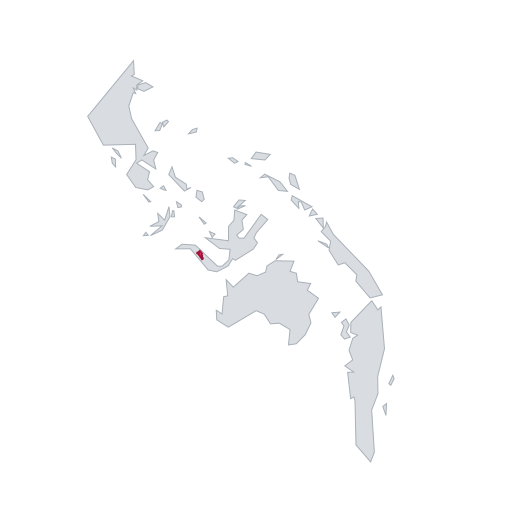 Gorontalo, Gorontalo, Indonesia (highlighted), rotated 219°
{"feature_id": "22746128B1660874628525", "entity_name": "Gorontalo", "entity_type": "district", "adm_level": 2, "iso_a3": "IDN", "parent_name": "Indonesia", "parent_adm1": "Gorontalo", "projection": "natural_earth1", "projection_center": [122.789, 0.702], "detail": "fine", "context": "in_parent", "style": "filled", "palette": "rose", "viewbox_px": 512, "rotation_deg": 219, "n_neighbors": 0, "source": "geoboundaries", "source_scale": "gbopen_adm2", "svg_char_len": 5745}
<svg xmlns="http://www.w3.org/2000/svg" viewBox="0 0 512 512"><g transform="rotate(219 256 256)"><path d="M174.8,207.3L183.2,220.2L195.6,218.5L202.0,212.4L213.0,216.0L221.5,213.6L232.7,183.3L246.3,181.7L252.8,188.9L245.9,189.6L255.5,204.0L252.9,207.3L264.3,218.8L254.0,217.5L250.7,238.2L242.8,241.3L238.4,249.5L241.2,255.2L238.2,264.3L223.3,275.9L219.9,265.5L213.8,268.0L207.4,262.2L196.2,269.0L194.6,261.7L180.8,262.5L178.2,243.8L171.2,238.6L168.2,225.8L169.5,213.1L174.8,207.3ZM37.3,168.1L59.4,172.1L87.7,205.5L91.1,208.1L92.7,204.7L111.6,223.3L107.0,227.3L117.8,226.5L115.5,236.1L124.3,241.2L129.0,252.9L127.2,258.4L134.3,256.1L140.5,264.1L137.9,294.1L127.3,290.8L126.9,295.1L97.8,264.8L85.6,238.9L74.6,225.8L69.2,209.1L40.6,178.1L37.3,168.1ZM474.7,258.6L474.1,330.7L464.9,320.5L466.1,317.5L454.3,320.9L456.3,313.7L453.1,310.0L454.2,309.5L456.1,309.7L457.2,309.3L451.7,306.5L454.2,305.7L449.3,292.6L439.2,284.5L407.7,272.0L406.4,263.5L402.2,272.9L397.5,274.6L396.0,266.2L388.6,260.6L405.1,258.8L407.2,253.0L391.8,254.5L388.2,247.0L379.2,245.5L381.8,239.2L392.6,233.6L407.8,237.9L409.8,255.3L419.9,267.0L444.4,246.1L474.7,258.6ZM320.8,218.7L309.9,226.3L279.6,223.9L275.9,226.7L274.6,235.9L280.4,244.9L289.1,238.9L306.9,238.3L287.0,250.5L296.0,261.9L295.6,269.8L301.5,278.3L289.2,282.4L289.5,275.0L282.6,268.7L284.1,260.2L280.3,259.2L276.5,262.4L278.2,291.6L269.8,291.8L270.4,274.4L268.9,268.6L263.2,267.3L262.4,259.8L269.3,239.7L272.5,239.2L271.4,230.7L276.6,219.0L284.4,215.0L311.6,220.3L322.9,211.0L320.8,218.7ZM141.0,295.2L162.6,299.3L165.9,304.9L182.7,306.6L186.5,300.8L202.8,306.4L207.4,314.5L220.7,316.0L220.6,322.8L222.5,326.8L209.7,321.5L158.8,315.2L133.3,305.4L141.0,295.2ZM348.0,220.3L357.2,212.3L353.1,221.6L359.2,227.3L349.5,226.4L354.7,239.6L347.6,232.4L345.1,217.1L350.9,205.4L348.0,220.3ZM352.5,261.4L375.1,264.4L377.4,272.4L368.2,266.5L355.5,267.9L351.8,264.7L349.6,268.4L352.5,261.4ZM300.7,325.1L284.0,328.7L272.3,326.0L279.9,321.0L296.3,325.3L301.9,319.5L300.7,325.1ZM252.7,320.0L263.9,321.6L265.8,325.7L243.5,329.5L247.1,322.4L254.7,326.4L257.3,324.9L252.7,320.0ZM321.0,328.7L321.4,336.8L308.9,343.9L309.5,336.2L321.0,328.7ZM140.5,248.2L143.6,257.0L147.9,258.2L146.5,263.7L140.1,261.0L138.0,253.9L131.8,252.3L134.9,247.1L140.5,248.2ZM450.9,321.3L442.5,322.6L446.7,313.5L453.3,311.5L455.3,314.9L450.9,321.3ZM274.2,333.5L279.4,337.4L281.8,341.7L276.6,343.2L264.2,335.1L274.2,333.5ZM339.7,263.9L343.2,269.9L338.0,272.0L332.0,267.6L332.3,264.1L339.7,263.9ZM221.3,320.1L233.1,322.8L227.8,327.7L221.3,320.1ZM239.8,320.6L241.6,328.1L234.6,327.0L239.8,320.6ZM161.3,259.6L155.5,265.2L156.0,258.1L161.3,259.6ZM413.3,289.8L414.6,299.4L412.0,299.9L409.8,292.9L413.3,289.8ZM217.5,306.8L208.5,309.7L204.6,308.0L217.5,306.8ZM304.4,280.1L304.5,288.8L299.3,292.4L301.3,280.8L304.4,280.1ZM54.7,213.9L62.8,218.9L61.7,223.5L54.7,213.9ZM74.6,249.4L71.4,247.5L69.9,240.4L72.4,240.3L74.6,249.4ZM382.2,318.3L380.4,314.8L385.3,308.5L385.0,314.2L382.2,318.3ZM373.2,230.5L382.5,232.9L372.0,232.0L373.2,230.5ZM316.3,248.1L324.9,250.5L315.5,250.3L316.3,248.1ZM300.4,284.3L295.9,288.6L299.9,280.8L300.4,284.3ZM421.2,236.9L426.1,237.7L430.7,241.8L426.3,242.8L421.2,236.9ZM339.0,314.6L335.9,317.7L329.4,318.1L331.1,314.6L339.0,314.6ZM412.9,301.0L410.9,305.5L408.6,305.4L408.9,298.3L412.9,301.0ZM352.0,248.1L346.4,248.8L344.8,247.3L347.2,244.5L352.0,248.1ZM422.1,247.3L429.1,248.0L435.7,249.6L429.3,250.7L422.1,247.3ZM301.8,242.8L307.6,245.7L301.7,247.3L301.8,242.8ZM356.5,205.1L352.7,204.3L356.3,200.9L356.5,205.1ZM315.9,322.9L322.3,320.3L323.1,321.9L315.9,322.9ZM373.1,248.4L372.1,252.4L367.2,250.4L369.7,249.2L373.1,248.4ZM238.8,271.4L236.3,274.1L238.3,265.7L238.8,271.4ZM346.4,233.2L349.4,238.7L348.3,239.5L343.9,235.2L346.4,233.2Z" fill="#d9dde1" stroke="#a8b0b8" stroke-width="1"/><path d="M299.3,223.9L299.4,224.0L299.5,224.0L299.8,224.3L299.8,224.5L299.8,224.4L300.0,224.4L300.3,224.4L300.5,224.3L300.7,224.2L300.8,224.2L301.0,224.3L301.0,224.2L301.3,224.3L301.6,224.3L301.8,224.2L301.8,224.3L302.0,224.3L302.3,224.3L302.3,224.2L302.4,224.3L302.5,224.3L302.7,224.2L302.8,224.2L302.8,224.3L302.9,224.2L303.0,224.3L303.0,224.2L303.0,223.9L302.9,223.9L302.7,223.7L302.8,223.6L303.0,223.6L303.1,223.4L303.2,223.2L303.3,223.2L303.4,222.9L303.2,222.8L303.1,222.7L303.3,222.5L303.3,222.3L303.4,222.2L303.5,222.1L303.5,221.9L303.5,221.7L303.4,221.5L303.5,221.4L303.4,221.2L303.5,221.2L303.4,221.1L303.4,220.9L303.2,220.9L303.2,221.0L302.9,221.0L302.9,220.9L302.8,221.1L302.7,221.1L302.6,221.3L302.5,221.5L302.4,221.7L302.4,221.8L302.2,221.8L302.0,222.0L301.9,222.1L301.8,221.8L301.8,221.7L301.8,221.4L301.7,221.3L301.6,221.2L301.6,221.3L301.5,221.2L301.3,221.3L301.2,221.3L300.9,221.4L300.7,221.3L300.6,221.2L300.5,221.3L300.4,221.2L300.2,221.1L299.9,220.9L299.8,220.7L299.7,220.6L299.4,220.5L299.4,220.4L299.2,220.3L298.9,220.3L298.9,220.2L298.7,220.0L298.4,220.0L298.2,220.0L298.1,219.9L297.8,219.9L297.7,220.0L297.6,219.9L297.4,219.9L297.2,219.9L296.8,219.7L296.6,219.7L296.4,219.5L296.2,219.4L296.0,219.6L295.8,219.6L295.7,219.5L295.5,219.9L295.6,220.0L295.5,220.3L295.6,220.5L295.6,220.4L295.6,220.5L295.6,220.8L295.7,221.0L295.8,221.0L296.0,221.0L296.1,220.9L296.3,220.9L296.5,220.9L296.5,221.0L296.8,221.1L297.0,221.3L297.0,221.2L297.1,221.3L297.1,221.2L297.1,221.3L297.3,221.3L297.4,221.2L297.4,221.3L297.5,221.3L297.7,221.5L297.7,221.4L297.8,221.4L297.8,221.5L298.0,221.6L297.9,221.6L298.0,221.8L298.0,221.7L298.0,221.8L298.3,221.9L298.3,222.0L298.4,221.9L298.4,222.0L298.5,222.1L298.5,222.3L298.8,222.4L298.8,222.5L298.8,222.4L298.9,222.5L299.0,222.7L298.9,222.7L299.0,222.7L299.0,222.8L299.0,223.0L299.2,223.3L299.3,223.4L299.3,223.5L299.2,223.5L299.2,223.8L299.3,223.8L299.3,223.9Z" fill="#f43f5e" stroke="#9f1239" stroke-width="1.5"/></g></svg>